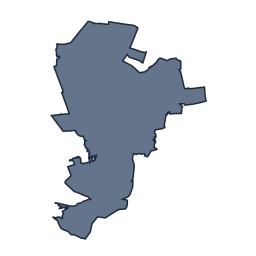 outline of Izvoarele, Tulcea, Romania, rotated 177°
{"feature_id": "2599482B66243193885359", "entity_name": "Izvoarele", "entity_type": "district", "adm_level": 2, "iso_a3": "ROU", "parent_name": "Romania", "parent_adm1": "Tulcea", "projection": "natural_earth1", "projection_center": [28.529, 45.071], "detail": "fine", "context": "isolated", "style": "filled", "palette": "slate", "viewbox_px": 256, "rotation_deg": 177, "n_neighbors": 0, "source": "geoboundaries", "source_scale": "gbopen_adm2", "svg_char_len": 5815}
<svg xmlns="http://www.w3.org/2000/svg" viewBox="0 0 256 256"><g transform="rotate(177 128 128)"><path d="M73.9,139.7L73.8,141.3L73.4,142.1L73.4,144.3L72.3,146.6L74.9,148.8L75.3,149.4L75.2,149.7L72.0,149.2L70.6,149.4L70.1,148.3L69.7,147.8L69.4,147.7L67.4,148.1L61.9,148.4L54.0,149.6L50.4,150.5L48.5,150.8L48.9,152.5L49.4,157.7L49.5,164.8L55.9,164.5L58.9,164.2L63.8,164.0L65.0,163.8L65.2,164.7L65.4,164.7L69.5,164.2L72.6,181.8L73.1,181.7L73.6,183.5L73.8,183.7L72.2,184.1L71.8,191.9L72.7,192.2L72.9,192.7L73.6,193.0L74.0,192.8L76.4,194.7L76.3,195.1L77.1,195.2L80.4,194.8L81.9,194.9L85.3,193.2L89.1,195.0L91.5,195.9L92.4,196.1L92.7,196.0L94.3,194.8L96.4,192.0L101.0,188.2L102.2,187.4L102.1,188.2L104.0,187.1L104.5,185.8L105.0,185.0L107.6,183.8L108.6,182.9L110.9,183.1L111.2,183.0L111.5,182.6L112.0,182.4L112.7,182.6L113.0,182.9L113.8,182.9L120.8,189.9L129.8,195.2L124.9,201.5L123.3,198.9L122.8,198.5L112.6,194.5L111.4,193.0L109.8,192.2L105.9,202.5L105.9,203.0L106.4,202.9L107.2,202.5L111.5,203.7L118.9,206.8L121.9,207.8L112.8,227.3L113.3,227.6L113.7,228.2L114.6,228.7L115.8,229.7L117.1,230.2L128.1,232.3L141.6,235.1L142.2,232.6L142.4,232.5L151.5,234.0L155.7,233.9L155.9,234.0L155.8,234.5L156.0,234.7L157.8,234.9L159.8,236.1L162.3,236.6L163.4,235.2L169.0,229.1L169.5,228.7L171.7,226.4L175.7,221.8L175.6,221.7L177.7,219.7L179.9,217.0L180.8,216.2L186.5,215.0L189.6,215.0L194.5,215.7L194.7,211.7L195.9,210.3L195.3,204.7L195.6,204.7L195.2,203.0L194.1,203.2L192.7,203.2L192.4,201.8L194.8,201.3L194.6,200.6L195.5,200.1L195.7,199.7L195.7,197.9L195.9,196.7L196.1,194.1L198.5,193.4L198.7,193.1L191.3,169.4L190.7,167.4L192.4,167.0L189.6,157.9L188.0,152.9L185.9,145.3L187.6,145.3L193.0,145.0L194.1,145.6L194.6,145.0L195.0,144.9L203.8,144.5L201.5,141.0L201.0,140.0L200.3,139.3L198.9,137.2L198.8,136.8L196.9,134.2L193.2,128.4L192.9,128.2L189.0,128.2L187.1,128.0L181.0,128.5L180.8,127.6L180.6,127.4L179.9,127.2L180.2,126.2L178.6,124.2L177.5,123.1L175.7,122.2L174.9,122.4L174.3,122.2L173.6,122.2L173.2,121.8L173.3,121.6L172.0,118.7L170.7,117.7L171.9,117.6L172.1,117.1L172.0,115.2L172.5,113.4L171.7,113.1L171.4,110.3L170.1,109.9L170.0,109.7L170.0,109.0L169.0,108.7L170.2,107.5L169.8,106.6L168.5,106.7L168.1,106.4L168.2,105.3L167.5,104.7L168.5,104.0L168.4,102.7L168.0,102.5L168.3,101.8L167.8,101.3L166.2,101.0L166.0,100.3L165.6,100.2L165.2,100.5L164.9,102.0L163.3,101.6L163.1,101.9L162.1,101.6L161.6,102.3L161.0,102.5L160.8,102.2L161.8,101.1L161.8,100.4L162.6,100.1L163.1,100.1L163.6,99.7L162.6,98.9L162.1,99.2L162.0,98.5L162.3,98.3L162.3,98.0L162.4,97.9L162.7,98.1L163.2,97.3L163.7,97.0L163.9,97.4L164.9,97.2L165.3,96.7L165.7,97.5L165.7,97.9L165.3,98.5L165.5,98.9L166.2,99.5L166.2,99.9L167.8,100.3L168.0,100.9L168.7,100.7L168.9,100.1L168.6,99.2L168.3,97.4L168.1,96.9L167.8,96.6L167.5,96.0L167.1,95.7L167.5,95.4L168.4,95.8L169.3,95.8L169.5,95.6L170.2,95.5L170.9,95.7L171.5,95.3L172.1,95.3L174.0,94.8L174.2,95.1L175.2,94.8L175.5,94.9L176.4,95.5L176.9,95.6L177.1,95.8L176.7,96.3L177.0,96.9L176.8,97.6L177.0,99.5L176.9,100.1L177.6,101.0L178.1,101.3L179.5,101.1L179.1,101.5L178.5,101.9L178.6,102.1L180.3,101.8L181.8,101.0L182.4,101.2L183.7,100.4L184.6,100.6L185.1,99.7L186.4,99.3L187.0,99.3L187.6,98.9L187.9,99.0L188.1,98.3L186.5,98.3L185.6,98.5L185.3,98.8L184.8,98.7L183.3,94.4L190.2,92.5L187.3,83.4L190.7,80.4L192.9,78.7L193.1,78.5L193.4,77.4L193.8,77.0L193.8,76.6L192.2,74.7L185.0,67.4L182.0,66.2L173.7,62.2L172.0,61.7L170.6,60.3L170.1,59.5L169.4,59.4L168.9,58.9L168.9,58.7L172.1,58.5L174.4,57.5L176.1,57.3L177.9,56.1L179.0,55.6L181.2,55.4L182.5,55.0L182.5,54.7L183.5,53.5L187.2,52.7L188.1,52.8L191.6,53.6L202.7,56.8L204.0,56.9L204.3,57.1L204.5,57.0L204.2,56.5L203.4,56.6L202.7,56.5L201.9,55.8L201.6,54.4L200.9,53.9L200.0,53.5L198.4,53.2L198.5,51.9L200.7,51.6L200.9,51.3L200.9,51.1L199.0,51.3L196.2,52.0L192.3,52.4L192.1,51.4L192.5,51.0L194.3,50.9L194.8,50.7L194.3,49.8L196.0,49.2L197.9,48.3L197.4,46.9L197.1,45.7L198.3,43.4L198.2,41.1L198.4,41.0L198.9,41.3L199.6,41.4L200.0,42.3L201.1,42.6L201.9,42.6L202.4,42.8L203.7,42.5L203.5,42.1L203.6,41.9L204.1,42.0L206.3,42.5L207.2,43.0L207.5,42.9L206.0,41.2L203.9,39.8L203.5,39.4L200.8,32.4L200.2,31.5L199.4,30.8L198.4,30.1L194.4,28.3L193.2,27.6L192.6,27.1L190.3,24.4L189.1,24.5L188.5,24.1L187.8,24.3L187.3,24.2L186.6,23.8L185.1,23.2L183.8,22.3L180.2,20.3L178.3,20.2L177.3,19.8L176.9,20.2L176.6,20.0L176.7,19.6L176.5,19.4L171.1,26.2L168.9,34.3L163.0,40.9L155.4,39.4L142.4,46.8L142.0,46.6L141.1,47.1L139.5,47.3L138.3,47.1L136.2,47.3L135.3,47.5L134.6,47.4L134.1,48.1L133.1,50.0L132.5,53.4L132.5,55.0L132.6,55.7L132.9,56.2L135.4,56.6L137.1,57.2L132.4,58.9L130.3,60.3L129.1,62.3L126.7,68.2L126.4,69.3L125.9,74.9L126.5,75.0L127.5,74.5L127.5,75.0L126.2,75.7L125.9,76.2L124.3,85.6L123.7,90.7L125.2,97.3L124.7,99.2L124.0,102.1L122.5,101.6L122.3,101.2L119.7,101.3L119.3,101.8L119.1,101.9L116.6,101.6L115.9,101.1L113.0,101.5L112.9,101.4L112.6,100.7L112.8,99.4L111.6,98.9L110.7,98.3L109.9,98.4L108.8,99.9L106.0,104.1L104.7,104.2L103.9,104.0L102.2,104.8L100.4,104.9L100.2,105.4L100.4,105.8L101.0,106.2L102.0,106.6L102.9,107.4L102.6,108.8L102.5,110.1L101.9,111.3L101.1,112.4L101.2,113.3L101.6,113.8L102.1,113.8L102.2,113.4L103.5,114.7L103.5,114.9L102.6,114.7L102.4,115.1L102.0,114.9L101.6,115.0L101.9,115.5L101.9,116.4L102.2,116.8L102.3,117.2L100.9,117.0L100.5,117.6L101.0,118.2L100.6,118.8L100.6,119.4L100.8,120.4L100.7,120.6L100.8,120.8L101.8,121.4L101.9,121.9L101.8,122.2L101.6,122.6L101.7,123.2L101.1,123.6L100.8,124.6L100.3,124.9L99.9,124.8L93.4,125.6L93.3,126.1L91.2,126.4L91.5,129.3L91.3,130.9L90.8,132.3L90.4,133.8L90.1,135.9L89.8,136.8L89.6,138.5L89.2,138.7L89.1,139.1L88.3,139.1L88.0,139.7L88.4,139.8L88.3,140.2L87.6,141.3L87.3,140.8L87.1,141.1L86.8,141.1L86.3,141.9L85.5,141.8L85.8,140.0L85.6,139.9L82.1,139.8L81.4,140.0L73.9,139.7Z" fill="#64748b" stroke="#1e293b" stroke-width="1.5"/></g></svg>